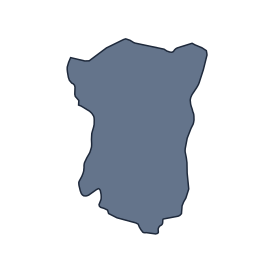 the border of Nakhon Pathom, rotated 14°
{"feature_id": "THA-418", "entity_name": "Nakhon Pathom", "entity_type": "Province", "adm_level": 1, "iso_a3": "THA", "parent_name": "Thailand", "parent_adm1": "", "projection": "equal_earth", "projection_center": [100.101, 13.917], "detail": "fine", "context": "isolated", "style": "filled", "palette": "slate", "viewbox_px": 256, "rotation_deg": 14, "n_neighbors": 0, "source": "natural_earth", "source_scale": "10m", "svg_char_len": 1882}
<svg xmlns="http://www.w3.org/2000/svg" viewBox="0 0 256 256"><g transform="rotate(14 128 128)"><path d="M169.7,30.3L172.8,31.1L180.5,32.3L185.3,34.0L186.3,36.2L187.0,38.1L187.0,53.2L186.1,66.7L185.8,68.8L184.9,72.1L182.0,80.2L181.5,83.2L181.6,85.8L183.0,89.7L184.1,91.7L185.9,94.5L186.4,95.5L187.0,96.6L187.7,97.5L188.4,98.7L189.1,100.6L190.1,104.2L190.3,106.5L190.3,108.4L189.2,113.3L187.9,123.5L188.5,134.1L188.9,136.3L189.3,137.5L191.8,142.8L193.6,147.4L196.3,157.4L201.7,172.5L201.1,182.0L199.9,186.1L199.3,190.4L200.6,198.2L199.4,200.3L197.9,201.5L184.6,207.6L184.1,208.0L184.0,208.6L184.6,211.8L184.5,212.9L184.1,213.8L183.5,214.5L182.8,215.1L182.3,215.9L181.9,216.9L181.7,218.0L181.8,219.2L182.5,221.2L182.7,222.3L181.9,223.3L180.4,224.1L171.1,225.1L169.9,225.5L168.7,225.7L167.6,225.5L165.3,223.7L163.1,221.5L161.1,218.8L158.5,218.2L139.0,217.8L129.9,215.7L128.0,212.6L124.3,211.8L120.6,211.6L119.1,210.7L118.4,209.3L118.6,207.9L119.0,204.9L119.1,203.5L118.7,201.4L118.0,199.1L116.2,195.2L115.0,194.2L113.9,194.0L112.3,195.4L106.1,202.6L105.0,203.4L103.7,204.1L101.5,204.5L100.0,204.0L98.6,202.9L96.9,200.5L94.4,195.7L93.8,194.1L93.4,192.5L93.6,191.2L94.9,186.1L95.3,183.2L95.4,181.7L95.4,180.2L94.9,177.0L94.4,175.1L94.2,173.5L94.2,172.1L95.2,167.1L96.8,161.4L97.0,159.9L97.2,155.4L96.9,153.6L96.5,151.9L95.3,147.9L94.2,142.2L94.2,140.6L94.4,135.4L94.3,132.8L93.3,128.4L92.6,126.2L91.8,124.8L89.5,122.6L88.7,122.1L86.7,121.0L77.1,118.0L74.5,117.7L73.6,113.2L69.2,110.1L68.2,108.1L66.7,101.2L65.7,99.4L64.2,98.4L62.5,98.0L59.6,95.9L57.9,93.3L55.7,88.3L54.8,85.8L54.3,83.6L54.5,78.7L55.3,73.6L69.9,73.4L74.1,72.2L87.7,55.5L102.2,43.3L104.1,42.1L105.0,42.1L108.7,42.4L112.8,43.7L114.3,43.9L143.9,42.8L147.0,43.9L150.4,44.2L152.2,43.9L153.3,43.1L153.9,42.0L154.3,40.9L155.0,39.8L155.8,38.9L157.0,38.0L169.7,30.3Z" fill="#64748b" stroke="#1e293b" stroke-width="1.5"/></g></svg>